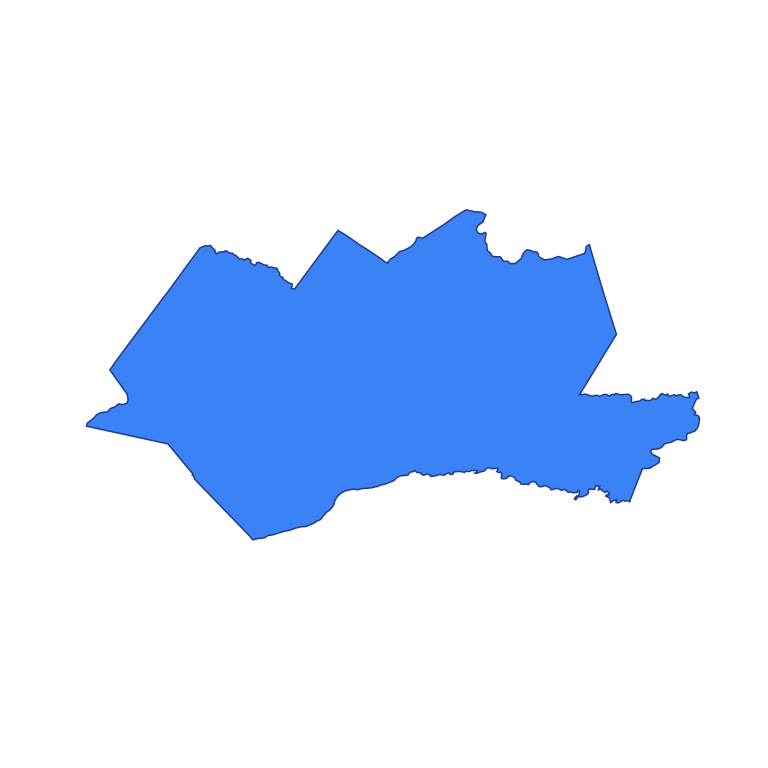 the district of Barra do Corda, Maranhão, Brazil, rotated 73°
{"feature_id": "56859067B55927222029578", "entity_name": "Barra do Corda", "entity_type": "district", "adm_level": 2, "iso_a3": "BRA", "parent_name": "Brazil", "parent_adm1": "Maranhão", "projection": "equal_earth", "projection_center": [-45.09, -5.51], "detail": "fine", "context": "isolated", "style": "filled", "palette": "blue", "viewbox_px": 768, "rotation_deg": 73, "n_neighbors": 0, "source": "geoboundaries", "source_scale": "gbopen_adm2", "svg_char_len": 6144}
<svg xmlns="http://www.w3.org/2000/svg" viewBox="0 0 768 768"><g transform="rotate(73 384 384)"><path d="M548.3,230.7L549.4,229.3L549.7,226.4L549.5,224.4L549.2,222.4L547.8,220.1L545.6,220.0L544.5,218.4L545.8,215.5L546.2,213.2L544.5,212.1L542.9,211.3L544.3,209.6L545.0,207.5L546.3,209.0L547.9,209.9L547.7,207.5L549.3,206.7L550.9,205.6L552.5,203.9L551.6,201.8L553.5,200.8L555.8,200.9L555.0,203.6L556.1,204.6L558.3,202.3L560.2,201.5L562.1,201.9L563.7,201.9L563.0,200.0L562.6,198.4L562.9,195.4L565.1,196.8L566.2,194.8L565.9,192.6L565.1,191.3L565.5,188.8L566.6,187.6L566.7,185.2L568.5,183.5L567.2,182.7L540.6,161.7L542.3,154.4L541.7,152.3L541.1,150.7L540.7,148.3L540.2,146.3L539.5,144.0L535.3,142.1L533.0,144.4L529.7,148.0L528.2,148.4L526.1,148.7L525.0,147.1L525.4,144.3L526.1,141.8L526.2,139.1L525.7,137.1L523.3,133.0L523.1,130.6L523.5,128.1L523.7,126.1L523.0,122.7L522.6,120.4L523.2,118.4L525.5,114.4L526.0,112.2L525.1,110.6L523.1,110.3L521.2,109.3L520.0,108.1L520.3,106.0L520.1,103.7L519.9,100.5L518.2,97.8L516.6,96.2L515.2,95.2L513.4,94.2L511.5,93.5L509.9,92.4L507.6,92.4L505.5,93.3L504.8,95.2L503.7,96.1L502.4,94.2L501.1,94.8L499.1,95.5L497.9,96.4L495.2,94.4L493.9,93.4L490.0,89.8L489.5,87.0L484.7,87.1L482.8,87.2L483.3,89.7L481.6,92.4L482.4,95.6L484.4,95.5L486.2,95.7L485.7,97.6L485.1,99.2L484.1,100.9L482.6,102.2L480.9,103.3L480.5,105.4L480.7,108.4L479.2,109.2L479.2,113.9L478.6,115.6L476.5,115.6L477.1,117.5L475.8,119.5L474.3,121.0L475.2,123.3L476.7,124.8L477.7,127.1L478.0,128.9L476.2,131.0L477.1,132.7L477.8,135.1L476.6,136.6L476.2,139.4L474.7,139.3L474.1,142.1L475.2,144.3L474.6,146.8L474.3,152.3L472.4,152.7L471.2,152.0L469.5,151.2L467.3,151.6L465.7,152.7L465.0,154.3L464.3,157.0L464.0,159.4L463.1,161.7L462.0,163.2L460.8,165.1L461.6,166.6L460.8,168.0L460.7,170.1L461.6,171.9L459.8,173.6L458.5,175.6L458.4,177.9L459.0,181.3L457.2,183.1L456.5,186.4L456.7,188.2L455.3,190.4L453.7,192.6L452.5,194.5L452.2,196.3L451.5,200.2L404.5,147.2L362.4,147.4L324.7,147.1L310.8,146.8L311.1,149.0L312.0,150.7L314.3,151.6L315.6,152.3L317.0,153.2L317.8,154.7L318.3,172.7L315.6,176.2L313.0,180.1L313.3,186.3L313.2,189.1L312.1,194.4L308.6,197.9L306.8,198.8L304.7,198.4L302.4,199.3L301.6,201.7L299.7,204.0L297.5,207.7L298.4,210.6L300.5,213.4L304.0,216.0L306.5,221.4L307.0,223.3L306.0,227.7L304.5,229.0L303.1,229.4L302.4,231.0L301.6,233.9L299.2,234.6L296.3,235.7L294.6,241.0L293.3,243.2L289.7,244.0L287.2,245.8L285.5,246.0L280.4,244.9L278.1,245.8L276.4,245.7L269.9,242.3L268.5,243.2L269.1,246.5L267.4,249.8L264.2,250.7L262.7,250.1L260.1,248.2L259.1,245.5L258.6,243.8L257.8,241.7L256.3,240.8L251.9,237.1L248.7,240.1L247.3,242.8L245.9,246.7L241.5,254.4L242.2,257.9L244.6,267.1L248.9,279.8L251.9,290.2L255.9,304.4L254.8,306.0L253.7,308.2L254.1,310.2L256.2,311.5L258.1,313.5L259.4,315.7L260.5,317.9L261.0,320.1L261.5,322.7L262.0,325.0L262.0,330.7L263.5,333.3L264.3,335.0L265.4,336.9L265.9,339.0L266.2,341.1L267.4,342.5L268.4,344.5L269.7,345.3L267.7,347.2L262.3,351.1L250.5,360.7L243.9,366.5L236.6,372.1L230.7,376.8L223.7,383.1L233.9,397.0L267.0,441.7L266.4,443.2L265.4,444.7L263.6,443.3L261.3,442.6L260.2,444.5L258.7,446.1L254.3,449.7L252.5,449.6L251.1,451.3L249.5,452.2L247.7,451.4L246.2,451.7L244.5,452.8L243.1,452.2L241.8,453.0L240.7,455.3L239.4,457.2L238.8,459.4L237.9,461.2L236.2,461.2L235.5,463.1L234.4,465.0L233.2,465.4L232.2,467.2L231.0,468.0L230.7,470.5L232.1,471.2L232.8,473.3L231.2,474.3L230.2,475.6L228.7,476.2L226.9,475.0L225.4,476.4L223.9,477.5L224.1,479.4L224.8,481.3L223.2,482.5L221.9,485.8L219.4,487.1L217.9,488.0L216.5,489.8L214.8,490.4L213.8,492.8L212.6,494.5L210.4,496.0L210.6,499.0L210.0,501.4L209.7,503.4L210.4,506.2L208.5,507.2L206.9,506.4L204.9,507.5L202.8,508.7L200.8,509.4L200.5,511.7L199.9,513.6L199.5,515.4L200.0,520.2L233.4,564.8L236.8,569.7L284.5,634.7L290.4,642.0L318.8,632.6L324.2,633.4L325.5,633.9L327.2,635.8L327.3,638.6L326.8,641.2L325.4,643.4L326.4,646.1L327.4,649.0L327.3,651.7L327.9,654.0L329.2,655.2L329.7,656.9L329.5,658.7L328.7,661.9L328.8,665.2L329.5,667.9L331.3,671.0L332.3,673.0L333.2,675.1L334.1,678.1L335.4,679.8L337.3,681.0L378.1,608.1L412.3,593.9L413.6,592.9L415.1,594.1L416.1,592.9L419.7,592.9L490.4,556.8L494.7,555.1L494.7,552.8L495.0,549.5L495.4,547.4L496.0,544.8L496.0,542.4L494.9,539.1L495.5,536.2L495.8,533.0L495.6,528.1L495.8,525.7L495.5,523.7L496.3,517.2L496.1,514.2L496.0,510.8L496.0,508.7L496.3,505.6L496.6,503.6L497.3,501.3L497.3,497.9L496.9,494.8L496.8,492.9L496.3,490.6L495.5,488.3L495.1,484.4L493.5,482.1L492.3,480.9L491.4,478.8L490.3,477.3L489.4,475.2L488.8,472.9L487.0,470.1L485.6,468.2L484.0,466.6L482.2,465.8L480.6,464.6L478.9,462.6L477.5,460.6L476.2,458.1L475.4,455.4L475.0,452.4L475.0,449.7L475.2,447.0L475.7,443.8L477.4,440.1L477.6,435.5L478.3,432.4L479.1,429.9L479.1,427.9L479.7,426.1L479.7,424.0L479.8,422.0L480.2,420.2L479.8,418.2L479.6,416.1L480.1,413.2L479.8,409.8L479.7,407.1L479.4,405.0L479.4,403.0L478.7,401.5L477.0,398.2L476.7,395.3L477.0,392.9L477.5,391.1L478.0,387.5L476.0,385.0L476.3,382.2L475.9,379.6L478.2,378.5L479.6,374.7L481.4,374.6L482.9,372.6L482.7,370.6L482.9,368.6L484.3,366.4L485.7,366.6L486.5,364.2L486.9,360.9L486.7,357.8L487.9,354.9L488.9,353.0L488.0,350.3L487.8,348.0L490.0,347.0L490.2,344.0L488.5,343.3L488.8,341.3L489.3,338.8L489.9,336.9L490.7,335.1L492.1,332.9L491.3,330.7L492.6,328.7L492.4,325.9L492.9,323.7L493.2,321.8L494.1,320.3L495.1,321.4L495.7,323.1L496.6,321.5L496.3,316.6L496.5,313.5L495.3,311.5L494.4,309.5L494.9,307.7L496.4,306.2L498.0,299.7L499.5,300.3L500.6,301.7L502.2,300.3L502.6,298.2L504.0,297.5L505.6,298.2L507.5,299.2L508.9,299.1L509.7,297.2L510.1,294.3L508.8,292.1L508.8,289.5L510.5,287.6L511.9,286.4L514.5,286.1L516.4,283.9L517.9,282.6L519.4,282.5L520.7,280.3L521.3,277.4L522.5,274.9L521.1,273.7L520.7,270.3L522.0,268.2L523.2,267.4L526.4,266.3L527.8,265.1L528.3,263.0L528.3,260.8L528.6,259.0L530.1,257.4L532.0,255.5L534.0,255.3L534.3,252.8L534.3,250.2L534.8,248.2L536.5,246.6L537.7,245.0L537.4,242.5L538.9,240.9L540.2,240.5L541.7,239.0L541.9,236.4L543.3,235.2L544.1,230.9L542.6,229.8L543.8,228.3L545.6,229.2L548.3,230.7ZM548.3,230.7L547.3,232.5L549.4,235.5L550.8,234.5L548.3,230.7Z" fill="#3b82f6" stroke="#1e3a8a" stroke-width="1.5"/></g></svg>